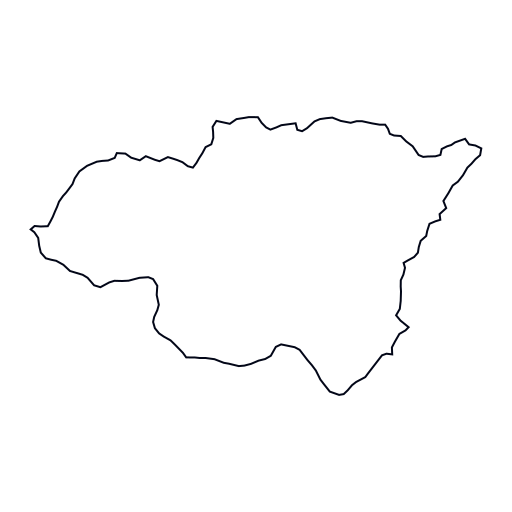 outline of Buritama, São Paulo, Brazil
{"feature_id": "56859067B40000060278467", "entity_name": "Buritama", "entity_type": "district", "adm_level": 2, "iso_a3": "BRA", "parent_name": "Brazil", "parent_adm1": "São Paulo", "projection": "robinson", "projection_center": [-50.2, -21.059], "detail": "fine", "context": "isolated", "style": "outline", "palette": "ink", "viewbox_px": 512, "rotation_deg": 0, "n_neighbors": 0, "source": "geoboundaries", "source_scale": "gbopen_adm2", "svg_char_len": 2365}
<svg xmlns="http://www.w3.org/2000/svg" viewBox="0 0 512 512"><path d="M45.8,258.3L51.0,259.7L56.2,260.8L63.4,264.8L70.0,271.0L82.7,274.8L87.6,277.8L94.1,285.3L100.4,287.2L109.3,282.4L114.4,280.8L122.1,281.0L128.5,280.7L139.5,277.8L148.3,277.2L153.1,279.1L157.3,285.8L156.7,295.0L158.8,304.8L157.3,310.2L154.2,316.9L153.1,322.0L154.9,328.2L159.1,333.4L163.8,336.6L170.6,340.4L175.0,344.7L182.9,352.8L186.2,357.4L195.1,357.5L199.7,358.0L205.6,358.0L214.5,359.2L223.8,362.8L228.9,363.7L238.8,366.1L244.4,365.6L250.9,363.9L258.7,360.6L265.2,359.0L270.8,355.8L275.8,346.9L281.1,344.4L294.7,347.2L299.6,349.8L307.5,360.1L311.9,365.2L315.9,370.6L320.4,379.6L323.7,383.9L329.8,391.6L339.1,394.9L343.7,394.1L347.7,390.3L352.0,385.2L356.1,382.0L365.3,377.1L368.1,373.3L382.0,355.3L386.5,353.7L392.2,354.4L391.9,347.4L395.0,341.5L399.4,333.9L405.5,330.4L408.6,327.2L400.5,320.6L396.1,315.3L399.8,308.9L400.7,301.0L401.0,291.5L400.7,286.5L400.8,280.2L403.4,274.6L405.0,267.8L403.6,262.9L407.7,260.5L414.1,257.0L417.9,252.7L418.8,247.0L420.7,240.8L426.2,236.0L427.2,231.0L429.5,223.8L435.4,221.3L440.3,219.8L439.6,214.1L446.2,208.1L443.4,201.0L448.3,193.3L452.7,185.5L457.9,181.7L463.0,175.2L467.4,167.6L471.4,163.8L475.4,159.2L480.1,155.2L481.3,148.4L475.4,145.5L469.1,144.4L465.1,138.8L459.2,140.9L455.0,142.4L451.3,145.0L447.1,146.3L441.7,149.0L440.4,154.9L435.4,156.3L427.7,156.5L423.2,156.9L418.6,155.0L412.7,146.3L406.2,141.4L400.8,136.0L394.0,135.5L389.8,133.8L388.0,128.8L385.2,124.7L379.8,124.7L372.2,123.4L362.0,121.2L356.6,121.2L350.7,122.8L340.7,120.9L332.3,117.6L326.2,118.2L319.9,119.1L314.5,121.4L307.0,128.2L302.1,131.2L297.3,129.8L295.6,123.3L281.3,125.2L276.4,127.4L270.4,129.6L266.1,127.4L261.6,122.8L257.9,117.2L248.9,117.1L244.4,117.9L236.5,119.1L229.8,123.8L216.4,120.9L212.6,126.9L213.1,131.9L213.3,137.9L211.3,144.3L205.6,147.1L202.3,153.3L199.3,157.9L196.4,163.0L192.9,167.6L187.8,166.2L182.5,162.2L177.3,160.1L173.1,158.7L167.9,157.1L159.5,161.2L154.9,159.8L145.8,156.2L139.8,160.3L131.2,157.7L125.4,153.6L116.8,153.1L114.7,157.9L108.1,160.5L102.3,160.9L96.8,161.7L87.1,165.8L79.4,171.4L74.7,178.4L72.5,184.1L69.3,188.4L66.2,192.5L63.0,196.0L59.0,201.7L57.1,206.8L54.9,211.7L52.8,216.8L50.4,221.5L47.8,226.2L40.6,226.5L34.6,226.0L30.7,229.4L34.3,232.2L38.2,237.9L39.2,245.8L40.8,252.6L45.8,258.3Z" fill="none" stroke="#020617" stroke-width="2"/></svg>